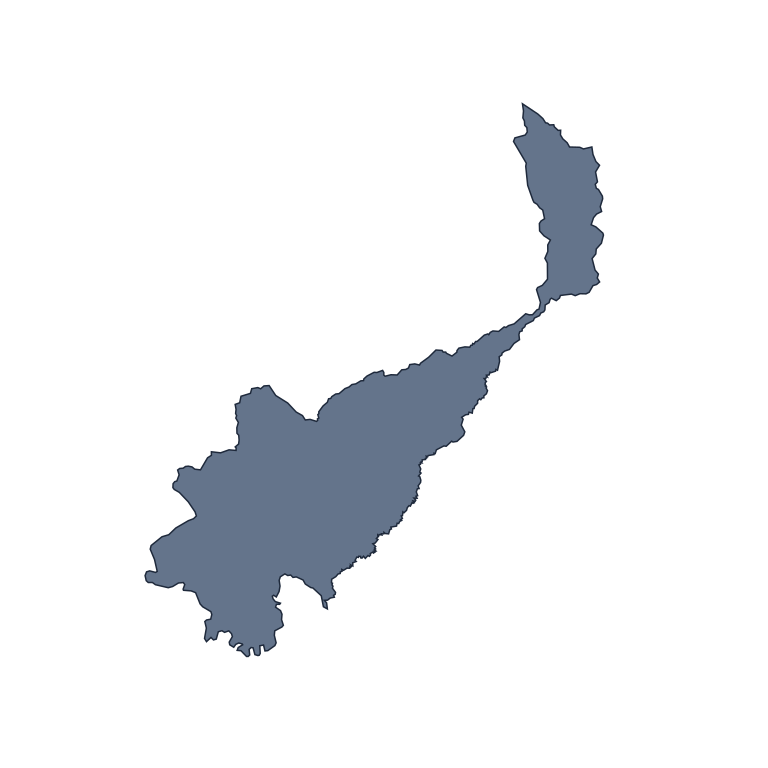 Pereira, Risaralda, Colombia, rotated 300°
{"feature_id": "7082276B56557214099866", "entity_name": "Pereira", "entity_type": "district", "adm_level": 2, "iso_a3": "COL", "parent_name": "Colombia", "parent_adm1": "Risaralda", "projection": "mercator", "projection_center": [-75.671, 4.785], "detail": "fine", "context": "isolated", "style": "filled", "palette": "slate", "viewbox_px": 768, "rotation_deg": 300, "n_neighbors": 0, "source": "geoboundaries", "source_scale": "gbopen_adm2", "svg_char_len": 6125}
<svg xmlns="http://www.w3.org/2000/svg" viewBox="0 0 768 768"><g transform="rotate(300 384 384)"><path d="M484.1,476.3L490.1,479.2L494.3,476.1L497.1,475.4L499.1,477.1L500.8,476.1L504.0,477.3L506.3,476.9L513.6,481.6L516.3,481.3L521.0,484.5L523.8,484.3L526.4,486.2L528.6,486.3L533.0,484.1L537.0,486.3L540.4,485.5L542.0,486.1L542.3,491.5L546.2,493.0L548.9,492.5L555.6,501.4L556.1,505.4L560.2,508.6L563.1,513.9L566.0,515.8L573.7,515.8L576.5,518.4L580.2,519.7L582.4,515.7L586.4,514.7L588.2,509.8L596.7,501.5L602.5,502.4L607.1,500.3L614.6,501.9L622.7,499.6L624.1,498.1L626.0,488.9L625.5,483.8L632.8,482.3L637.4,483.1L642.2,486.2L645.7,482.6L653.7,480.8L655.9,479.2L659.7,472.4L659.6,470.1L662.6,467.1L665.8,467.8L673.4,461.2L681.2,461.3L682.6,456.3L687.3,450.2L693.2,445.5L687.3,439.2L686.9,435.2L682.0,426.2L684.5,422.0L685.7,416.3L687.9,412.3L692.1,410.1L690.7,408.0L691.9,402.9L693.4,401.4L691.1,397.8L691.7,395.3L691.0,393.3L693.3,388.9L694.7,382.3L695.9,363.8L690.2,368.3L683.9,371.2L682.0,374.1L678.4,376.5L677.5,379.5L673.8,382.1L670.2,381.8L662.6,374.3L658.8,374.9L646.4,396.8L643.4,397.9L627.9,409.1L617.7,421.0L616.3,423.1L616.2,426.8L614.4,430.7L614.0,434.5L607.4,440.4L603.7,438.5L600.7,438.3L594.4,442.2L592.3,448.5L591.9,456.1L586.3,456.3L580.7,459.6L573.3,460.5L570.5,465.0L556.5,473.2L548.6,471.8L544.3,468.8L542.0,468.9L532.9,478.7L526.4,480.8L524.7,479.4L518.3,478.0L516.5,475.2L515.7,471.6L501.1,466.6L496.8,462.6L494.0,461.4L493.5,459.5L486.9,457.0L484.4,451.8L481.8,450.2L479.1,450.1L479.3,448.9L476.5,446.4L467.4,443.4L466.6,442.1L463.6,441.9L463.4,440.5L461.8,441.0L460.8,439.8L458.8,439.9L456.6,435.5L452.5,430.9L449.5,430.5L447.9,431.2L442.2,428.9L441.8,422.7L442.5,421.5L441.2,419.3L442.1,417.5L439.4,412.0L429.5,409.3L420.2,405.2L418.2,405.3L416.8,400.6L413.7,396.6L410.1,397.2L407.5,395.6L405.2,392.3L398.4,390.9L395.5,385.4L391.3,381.1L391.6,379.4L393.9,378.1L395.1,376.0L390.4,372.1L389.2,369.6L382.4,365.3L378.4,364.0L376.7,364.6L375.1,362.3L370.0,359.5L367.5,356.5L363.9,355.2L360.5,352.5L353.2,349.9L351.2,347.2L347.0,345.1L344.9,345.1L343.5,343.4L339.8,344.1L334.6,342.2L327.4,341.4L325.7,342.4L324.4,342.0L321.9,344.6L320.5,343.8L319.4,344.7L317.9,344.3L316.4,337.7L313.5,333.8L315.9,329.2L315.8,322.0L319.4,310.1L319.9,296.0L325.2,285.3L322.3,281.0L318.2,279.6L317.8,276.5L313.8,271.8L309.1,273.0L301.9,266.3L295.6,268.4L291.9,265.3L288.0,268.6L284.3,270.2L282.9,272.2L280.4,272.7L277.9,277.1L272.6,278.4L267.8,281.3L267.0,283.8L262.9,286.6L259.3,288.1L255.1,286.6L254.7,287.9L252.5,289.1L249.5,282.7L242.7,276.9L239.0,268.4L235.9,270.2L231.9,268.1L217.9,268.0L215.6,262.7L216.2,259.2L215.0,255.6L213.3,253.3L210.7,252.2L208.7,249.3L206.3,248.3L202.9,252.0L196.4,253.1L194.8,251.6L192.2,251.2L188.7,253.0L187.8,255.1L187.8,260.9L184.1,273.4L178.8,284.3L175.9,287.5L172.1,286.4L167.8,282.9L155.2,275.7L145.9,273.0L140.7,268.1L127.7,263.1L124.1,264.1L117.3,273.0L108.3,281.3L106.6,280.4L105.0,274.5L102.6,272.3L98.6,272.9L94.8,276.4L94.2,279.1L96.3,282.7L95.9,286.4L99.7,299.0L102.9,302.2L108.9,305.5L111.7,309.5L110.7,311.7L105.9,312.6L105.1,313.5L108.4,320.4L109.1,325.2L101.6,334.7L100.4,338.4L100.3,347.9L98.3,350.1L93.7,351.5L90.9,348.3L88.7,347.6L83.8,352.2L73.9,355.8L72.1,359.1L78.0,360.9L77.1,364.3L79.2,366.3L86.6,364.4L89.3,367.0L89.2,370.1L92.6,373.0L91.5,376.8L89.4,379.0L83.1,379.0L81.0,380.8L80.9,385.5L84.4,385.8L87.1,387.7L88.0,391.3L87.5,392.0L82.9,389.5L79.9,390.0L81.5,393.5L79.3,401.2L80.1,402.6L82.2,403.2L86.7,399.9L89.3,400.6L90.1,402.5L85.1,407.5L85.8,410.6L86.8,411.6L88.8,411.5L95.2,407.3L97.7,410.2L93.3,414.4L95.0,416.7L102.9,420.3L105.9,420.0L111.5,414.7L115.6,412.8L122.5,417.1L124.7,417.5L128.7,413.1L133.6,410.8L136.0,407.7L136.5,401.7L139.4,401.0L141.0,403.8L142.4,403.9L141.2,398.7L142.5,395.3L144.4,393.4L145.9,394.1L145.7,397.2L151.8,396.9L157.0,395.0L161.5,391.4L165.2,390.6L170.0,393.1L170.0,396.4L171.9,398.7L171.0,401.9L173.1,404.5L173.8,411.9L171.4,415.9L171.1,422.4L171.8,424.4L169.3,435.5L160.8,442.9L160.9,447.4L165.8,443.7L166.8,440.5L168.6,443.2L171.8,444.5L174.5,447.6L175.8,446.0L177.5,446.9L179.3,446.2L181.4,441.4L183.4,440.9L184.0,439.4L185.7,439.0L185.6,437.9L188.8,436.3L193.1,438.6L196.5,439.2L198.0,440.8L199.4,440.1L200.8,441.3L202.3,440.2L202.4,442.1L206.0,444.0L207.3,446.4L208.9,445.7L208.7,446.8L209.8,447.0L210.7,445.7L210.8,448.0L213.6,446.3L216.4,448.7L216.9,447.1L220.5,447.0L221.0,448.5L222.1,448.2L223.0,449.9L221.8,450.8L222.2,452.0L224.6,452.4L223.6,455.0L227.5,455.9L227.4,457.5L229.2,457.8L230.3,456.9L232.8,458.3L232.3,459.4L233.9,460.2L234.3,459.0L235.3,460.5L236.0,458.4L237.0,459.1L237.4,457.7L239.1,458.1L240.1,454.2L241.9,455.9L246.3,456.5L246.3,454.7L248.5,455.1L250.0,454.2L249.6,455.4L251.2,455.1L252.2,457.7L253.0,456.6L254.1,458.7L255.5,458.1L255.1,459.8L256.5,462.9L260.7,461.9L262.2,462.9L263.5,461.5L267.2,465.9L270.0,465.0L270.5,466.5L272.9,466.3L274.6,467.5L274.8,466.2L276.7,467.2L278.4,464.9L279.3,465.8L282.7,464.3L282.5,465.7L285.8,466.7L288.6,466.0L291.2,466.5L291.4,467.9L295.5,467.6L295.2,468.8L296.3,469.6L297.3,467.7L297.9,469.6L299.3,469.6L300.2,467.0L301.6,469.7L302.8,467.8L304.1,469.0L306.7,465.9L310.0,465.3L311.0,466.7L312.9,464.5L317.0,464.9L319.1,464.0L321.6,461.4L321.6,459.9L325.4,460.6L325.6,459.0L328.8,458.3L331.4,454.7L332.7,455.7L333.8,454.9L334.6,456.3L335.0,455.1L336.0,455.8L337.4,455.0L339.4,457.7L340.2,457.1L341.1,457.9L342.6,456.7L342.7,458.2L344.1,458.0L347.9,462.6L349.0,461.9L349.3,463.1L353.2,462.3L360.3,466.8L361.2,469.0L368.3,471.2L368.2,472.7L370.8,475.9L379.4,478.6L383.0,477.9L387.0,471.5L393.1,470.1L394.0,467.9L398.2,470.1L399.9,472.3L402.1,471.7L402.9,475.0L407.1,473.3L407.8,474.3L410.0,473.6L414.1,474.7L416.4,473.4L419.0,474.2L418.8,475.7L421.1,476.0L422.0,477.4L423.6,476.4L426.7,477.6L430.0,477.0L431.5,474.5L432.8,474.3L432.9,472.9L433.8,473.0L433.9,471.9L436.0,471.0L437.3,471.5L438.8,468.0L439.6,469.4L441.7,469.0L441.8,469.9L442.8,468.3L444.4,470.5L447.3,469.9L447.2,470.9L450.9,474.2L452.6,473.6L452.7,475.4L461.4,472.8L465.2,470.1L468.1,471.5L469.7,470.8L472.8,472.0L476.7,475.4L484.1,476.3Z" fill="#64748b" stroke="#1e293b" stroke-width="1.5"/></g></svg>